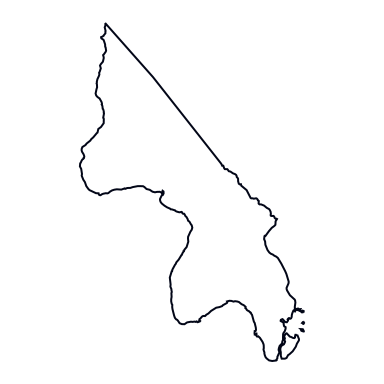 the district of South Vella la Vella, Western, Solomon Islands
{"feature_id": "97153195B32598831162283", "entity_name": "South Vella la Vella", "entity_type": "district", "adm_level": 2, "iso_a3": "SLB", "parent_name": "Solomon Islands", "parent_adm1": "Western", "projection": "robinson", "projection_center": [156.664, -7.876], "detail": "fine", "context": "isolated", "style": "outline", "palette": "ink", "viewbox_px": 384, "rotation_deg": 0, "n_neighbors": 0, "source": "geoboundaries", "source_scale": "gbopen_adm2", "svg_char_len": 6023}
<svg xmlns="http://www.w3.org/2000/svg" viewBox="0 0 384 384"><path d="M105.1,23.0L105.4,23.6L105.4,24.8L105.2,26.2L104.7,27.3L105.6,31.0L105.4,31.3L105.4,33.3L103.7,35.4L103.6,35.8L101.8,36.9L101.2,37.0L101.1,37.6L101.4,38.4L103.5,39.8L104.0,41.0L105.1,44.4L105.2,46.8L105.6,47.3L106.1,50.7L105.6,51.9L103.8,54.4L103.1,55.1L103.7,57.2L103.7,58.3L102.9,61.7L100.7,64.3L100.0,65.6L100.8,68.3L99.7,71.7L99.1,72.8L99.4,74.3L98.9,76.0L97.4,79.2L96.8,81.9L96.9,82.3L96.6,83.6L96.9,84.0L97.1,87.3L96.5,89.2L95.6,93.5L96.2,95.5L97.5,97.0L99.6,98.5L101.6,102.1L102.0,103.8L102.0,104.2L101.7,104.5L102.4,106.0L102.7,108.8L103.0,109.0L103.4,109.9L103.9,112.2L103.7,112.8L104.0,113.5L103.2,117.8L103.6,118.2L103.8,119.0L103.7,123.2L101.0,127.0L98.3,129.0L97.5,132.6L96.8,133.1L93.3,137.3L91.2,139.2L90.3,140.6L86.4,143.7L86.0,144.5L85.1,145.3L82.4,147.0L81.7,148.8L81.6,150.2L82.0,151.7L83.6,154.3L84.3,156.4L84.0,157.9L83.6,157.9L83.3,158.9L82.5,159.4L81.7,160.5L80.7,162.8L80.2,163.3L79.9,166.4L81.2,168.9L82.0,174.0L81.7,175.7L83.3,179.7L84.9,182.1L86.3,186.1L88.3,188.9L89.5,190.1L96.0,193.2L98.6,193.3L98.9,194.6L99.6,195.1L100.5,195.2L102.2,194.1L103.4,193.7L105.9,193.2L107.2,193.4L108.3,193.1L110.2,191.5L112.1,190.4L114.3,189.7L116.8,189.3L121.3,189.6L124.7,188.4L125.0,188.8L125.5,188.8L127.2,188.0L130.4,187.9L132.7,187.1L137.9,186.1L143.0,186.2L144.4,187.0L146.5,189.0L149.7,189.8L152.5,191.7L155.0,192.3L156.9,191.9L159.7,191.8L161.6,192.6L162.3,194.1L162.7,194.1L162.3,191.8L162.6,190.8L163.5,191.5L163.6,193.4L163.0,194.7L162.7,195.1L161.9,195.2L161.7,195.5L160.1,198.8L160.0,199.6L160.2,200.9L160.8,202.3L161.9,203.6L164.5,205.7L167.2,207.4L170.0,208.6L170.7,209.3L171.6,209.3L175.1,210.4L175.4,210.9L176.5,211.5L178.9,212.2L179.8,212.3L181.4,211.9L182.0,212.2L182.2,212.9L182.6,213.4L183.2,213.8L184.0,213.7L184.5,214.2L185.5,216.2L186.4,216.9L187.6,219.0L188.1,220.7L189.4,221.6L191.1,224.6L191.7,225.2L192.3,227.7L191.7,229.8L190.4,231.7L188.1,236.8L188.0,238.6L188.3,241.7L186.6,247.1L184.4,249.7L184.0,251.1L183.5,251.2L183.5,251.7L182.4,253.3L181.9,254.8L181.5,255.0L178.7,259.6L176.3,262.4L175.8,263.8L175.0,264.8L172.4,269.6L172.1,271.2L171.7,271.3L169.8,277.6L170.6,284.5L170.4,286.7L171.4,289.1L171.4,289.9L171.8,292.0L171.4,293.1L171.6,296.9L171.2,299.2L171.2,301.4L171.7,303.8L172.3,304.8L172.2,307.0L172.5,309.2L174.1,315.5L174.9,317.8L176.1,319.3L177.1,319.8L177.8,320.5L179.6,323.2L181.8,324.1L184.5,324.2L187.1,322.4L191.0,321.7L192.4,321.9L194.7,321.6L195.6,321.9L196.7,321.4L197.4,322.2L197.8,322.2L199.9,321.4L200.2,321.0L200.0,320.8L199.1,321.0L199.5,319.1L200.2,318.7L201.9,316.7L202.8,316.1L204.0,315.9L204.9,316.1L205.4,315.8L206.2,314.8L208.4,313.5L211.1,310.9L216.2,307.7L219.4,307.1L222.1,306.1L222.9,305.2L226.9,303.0L227.4,301.9L227.1,301.4L229.4,300.8L231.3,300.9L233.6,301.6L235.0,301.2L237.2,301.5L238.9,302.0L241.6,304.2L243.6,305.1L244.6,305.9L245.7,307.0L245.3,308.0L246.2,308.8L246.8,309.9L247.7,310.6L248.9,311.1L249.8,312.1L250.3,312.2L250.5,312.8L251.0,313.0L251.4,314.1L252.0,314.8L253.9,321.7L254.7,323.0L255.8,327.6L256.0,329.9L255.5,331.1L255.1,331.3L254.7,331.2L254.5,333.3L254.8,333.7L254.7,334.6L255.3,334.8L256.5,333.8L256.6,334.2L256.1,335.0L256.8,336.4L257.2,336.6L258.2,336.3L259.9,337.8L262.5,341.8L263.4,343.9L263.7,345.1L263.8,348.2L263.5,349.2L263.8,350.7L264.4,352.3L264.4,353.5L264.8,355.2L265.6,357.2L266.6,358.4L269.1,360.4L272.2,361.0L276.2,360.5L276.6,360.2L276.4,359.7L277.3,358.5L277.4,356.8L279.4,352.3L278.6,349.9L278.9,348.1L279.7,345.8L281.7,343.8L282.1,343.1L282.3,341.6L283.0,339.7L283.3,338.1L283.0,338.0L283.1,334.1L283.6,332.8L284.7,331.3L285.6,328.7L285.6,327.1L284.2,326.3L283.7,324.6L283.7,323.3L283.4,322.6L282.4,322.1L281.8,321.4L280.9,321.2L280.6,320.9L280.9,319.8L282.4,319.1L282.9,319.4L285.0,321.8L286.0,322.2L286.9,322.2L288.0,320.6L288.1,320.1L287.6,319.4L288.1,318.7L288.8,318.1L289.1,318.1L289.2,318.6L289.8,318.8L290.4,318.7L291.1,318.3L291.7,316.9L291.8,315.1L292.3,313.2L293.4,310.6L293.9,310.2L294.4,309.9L294.5,310.9L295.0,311.4L295.2,311.1L294.9,310.1L295.4,309.8L298.5,310.2L299.4,310.8L300.0,310.3L300.5,309.1L299.3,309.2L298.0,308.5L297.1,309.0L296.4,309.0L294.8,308.2L294.8,306.8L295.4,302.6L295.1,300.4L294.7,299.6L289.9,295.2L287.1,290.5L286.6,289.0L286.6,287.8L288.5,283.4L288.7,281.9L288.5,281.0L286.4,274.0L285.2,271.2L281.3,263.6L277.9,258.0L276.2,256.6L274.3,255.7L272.9,254.6L270.8,253.7L269.3,252.5L267.5,250.0L265.4,244.8L265.1,241.5L264.1,239.1L264.5,236.1L265.0,235.7L265.5,235.9L268.9,231.2L271.8,227.8L274.4,225.9L275.4,224.8L275.6,221.3L277.0,219.0L276.5,218.7L275.7,218.8L274.7,218.0L274.2,216.6L273.5,215.9L271.7,216.0L270.8,215.7L270.6,215.0L270.9,213.9L270.6,211.7L269.6,209.7L269.1,209.1L266.7,207.8L264.1,205.6L261.1,204.4L259.6,204.4L258.8,203.8L258.6,203.4L258.8,201.0L257.9,200.4L257.7,199.6L256.8,198.6L256.1,198.3L253.8,198.7L252.6,198.3L251.2,198.3L250.6,197.9L246.6,190.1L241.3,185.7L240.9,184.2L239.8,184.4L238.8,183.7L238.1,181.2L238.1,178.9L237.7,178.0L236.8,177.1L236.5,175.6L236.0,174.8L235.0,174.1L232.9,173.3L230.5,171.6L228.8,171.2L227.4,169.2L224.8,169.1L224.2,168.3L223.3,165.7L222.8,165.5L222.2,165.7L221.2,163.7L153.0,77.1L105.1,23.0ZM299.0,339.1L297.5,335.4L296.4,335.3L296.0,334.8L295.4,334.8L295.0,336.4L295.0,337.5L294.3,338.1L293.2,338.0L290.9,336.9L289.8,336.6L286.7,333.3L285.9,333.6L284.3,335.8L284.4,337.4L284.9,338.2L284.6,338.8L284.6,340.5L285.1,341.6L284.6,343.0L283.9,344.0L283.9,344.3L281.6,345.7L281.0,346.5L280.4,348.2L280.3,350.1L280.8,352.2L280.8,355.8L281.7,358.7L284.8,358.7L286.5,358.0L288.1,355.1L289.4,354.3L292.7,351.3L295.8,346.7L296.9,343.7L298.9,340.4L299.0,339.1ZM303.8,331.4L303.7,330.8L302.8,329.2L301.0,329.1L301.5,329.5L301.3,330.0L301.0,330.0L301.4,330.8L303.4,331.5L303.8,331.4ZM303.7,311.1L302.6,310.6L301.4,311.2L300.6,311.2L301.7,312.3L302.7,312.3L302.9,311.9L303.6,311.8L303.7,311.1ZM304.1,322.9L303.7,322.2L303.4,322.5L302.8,322.2L302.1,323.0L302.8,323.3L302.9,323.7L303.5,323.9L304.1,322.9Z" fill="none" stroke="#020617" stroke-width="2"/></svg>